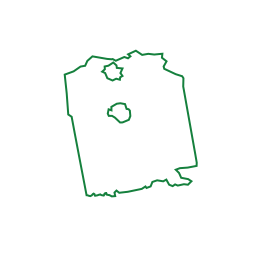 Augusta, Virginia, United States of America, rotated 225°
{"feature_id": "52423323B12422495570897", "entity_name": "Augusta", "entity_type": "district", "adm_level": 2, "iso_a3": "USA", "parent_name": "United States of America", "parent_adm1": "Virginia", "projection": "robinson", "projection_center": [-79.152, 38.18], "detail": "fine", "context": "isolated", "style": "outline", "palette": "green", "viewbox_px": 256, "rotation_deg": 225, "n_neighbors": 0, "source": "geoboundaries", "source_scale": "gbopen_adm2", "svg_char_len": 1656}
<svg xmlns="http://www.w3.org/2000/svg" viewBox="0 0 256 256"><g transform="rotate(225 128 128)"><path d="M54.9,152.1L61.4,156.7L118.3,196.4L124.0,202.4L126.3,202.9L132.3,199.8L144.2,195.5L146.3,196.7L147.9,202.4L153.7,201.7L156.2,204.8L161.4,198.5L166.1,194.8L169.7,189.7L177.1,188.2L180.0,180.2L177.0,180.4L177.3,177.3L180.8,175.6L184.2,166.9L187.6,165.9L188.3,164.9L191.6,162.1L203.8,153.5L204.2,146.7L202.3,141.7L205.0,137.9L206.5,129.6L210.5,121.0L195.9,109.2L179.8,95.3L175.8,96.1L161.5,86.3L141.8,72.9L109.8,51.2L109.5,51.5L108.2,52.2L107.7,52.4L106.5,53.2L106.0,54.7L106.1,56.5L105.9,57.3L104.9,57.5L103.7,56.8L103.4,56.8L102.0,58.8L101.6,59.7L101.5,60.0L101.1,60.5L100.7,61.4L99.7,61.6L99.1,61.9L97.5,63.0L97.4,63.1L97.5,63.7L97.9,64.3L97.9,64.7L98.1,65.0L98.0,65.9L97.4,66.6L96.8,66.3L96.5,65.9L96.2,65.8L95.8,65.9L95.5,66.2L94.7,66.6L94.2,67.0L93.7,67.4L91.1,68.2L88.9,70.8L91.9,72.8L91.9,75.6L88.4,76.0L83.0,82.8L75.2,94.7L74.3,99.0L72.5,98.7L70.7,102.7L72.6,107.1L70.4,111.6L65.4,115.2L64.4,118.6L58.8,117.0L55.3,118.5L54.8,121.4L52.1,122.5L48.7,127.8L45.5,130.3L45.5,135.2L49.3,134.4L55.2,130.4L60.1,132.3L64.7,132.3L62.9,136.3L57.8,142.2L52.7,149.7L54.9,152.1ZM134.8,138.1L133.2,134.4L135.8,128.1L137.5,126.3L144.6,126.1L147.9,125.3L150.2,123.0L152.5,123.9L154.9,127.5L152.2,128.8L154.7,131.2L153.1,137.2L150.9,140.1L147.0,142.8L142.5,140.5L140.9,141.7L139.0,141.6L134.8,138.1ZM167.9,156.4L171.2,154.5L172.5,150.7L177.8,148.6L183.0,150.7L186.1,149.6L185.9,153.1L188.0,155.0L185.9,158.2L184.7,163.9L180.4,164.1L178.4,162.6L174.0,166.2L172.2,161.5L168.7,160.9L169.4,158.3L167.9,156.4Z" fill="none" stroke="#15803d" stroke-width="2"/></g></svg>